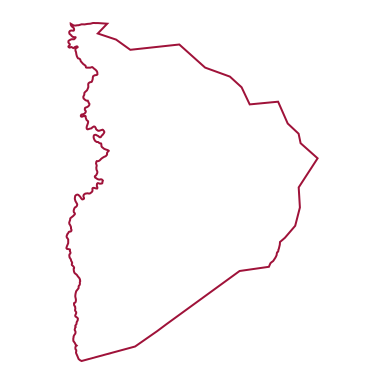 outline of Bo'mbogor, Bayanhongor, Mongolia
{"feature_id": "93677404B12243901398913", "entity_name": "Bo'mbogor", "entity_type": "district", "adm_level": 2, "iso_a3": "MNG", "parent_name": "Mongolia", "parent_adm1": "Bayanhongor", "projection": "albers", "projection_center": [99.341, 46.245], "detail": "fine", "context": "isolated", "style": "outline", "palette": "rose", "viewbox_px": 384, "rotation_deg": 0, "n_neighbors": 0, "source": "geoboundaries", "source_scale": "gbopen_adm2", "svg_char_len": 5587}
<svg xmlns="http://www.w3.org/2000/svg" viewBox="0 0 384 384"><path d="M268.9,266.8L269.7,264.9L270.4,263.3L271.3,262.4L273.2,261.0L275.5,257.5L276.6,255.2L276.8,253.6L277.1,252.4L277.9,251.8L278.3,251.0L278.4,249.7L278.8,248.9L279.8,244.7L280.0,242.0L284.9,237.8L295.2,225.8L299.9,207.5L298.7,187.4L317.6,158.3L300.6,143.2L298.6,133.7L287.7,123.5L278.1,101.7L249.7,104.4L241.6,87.3L229.9,76.6L205.1,67.6L179.3,44.5L130.3,49.8L116.1,39.6L97.8,33.5L107.2,23.7L98.6,23.1L93.0,23.0L90.3,23.7L87.6,23.9L84.6,24.4L81.6,24.3L78.7,25.2L76.9,25.3L76.0,25.5L73.7,25.5L70.7,23.7L70.7,24.1L71.0,25.2L71.7,26.3L73.6,27.9L74.0,28.7L74.1,29.4L74.0,30.1L73.7,30.6L73.3,30.7L71.4,30.5L70.5,30.7L69.8,31.1L69.2,32.1L69.3,33.0L69.5,33.8L71.3,35.4L71.7,36.0L72.9,36.9L74.3,37.2L75.5,37.2L75.6,37.4L75.4,37.9L74.6,38.8L73.9,39.3L71.8,39.2L70.6,39.6L69.0,40.5L68.5,41.0L68.4,41.6L68.4,42.3L68.6,42.8L69.8,44.2L69.8,44.6L69.6,45.2L68.5,46.3L68.4,46.7L68.7,47.2L69.6,47.6L70.6,47.3L71.1,47.0L71.6,47.1L73.3,48.1L73.8,47.9L74.8,47.1L75.8,46.7L76.5,46.4L77.3,46.5L77.6,46.9L77.6,47.3L76.0,48.2L75.5,48.6L75.4,49.2L75.5,50.9L76.0,52.0L76.4,54.5L76.9,56.3L77.5,57.5L78.0,58.3L79.1,58.6L79.8,59.0L80.2,59.5L80.8,61.3L83.1,63.9L85.5,65.7L86.0,67.4L86.8,67.7L90.2,67.7L91.6,67.2L92.2,67.1L92.7,67.4L94.0,68.6L95.6,69.8L96.9,71.3L97.3,72.4L97.4,74.4L97.0,74.8L96.6,75.0L94.6,75.3L93.2,76.2L93.0,76.7L92.8,77.6L92.7,79.1L92.4,80.1L92.1,81.0L91.7,81.8L91.3,82.0L89.9,82.3L89.2,82.7L88.6,83.2L88.3,83.8L88.2,84.6L88.3,86.2L88.3,87.2L87.5,89.3L87.0,90.3L85.0,92.1L84.4,92.9L84.3,94.0L84.3,94.7L83.4,96.5L83.3,97.1L83.6,98.5L85.4,100.1L86.6,100.7L87.8,100.7L88.2,101.6L88.4,102.0L88.6,102.6L89.4,103.8L89.4,104.3L89.3,104.9L89.0,105.4L88.3,106.3L87.0,107.1L85.4,107.7L85.0,108.1L84.8,109.1L84.9,109.9L85.5,110.7L85.8,111.2L85.7,112.0L85.4,112.6L84.6,113.5L83.8,114.0L82.8,114.3L82.0,114.4L81.3,114.7L81.1,115.1L80.8,115.9L81.0,116.4L81.5,116.7L82.5,116.6L83.2,116.2L84.1,116.0L85.2,115.9L85.5,116.1L85.7,116.5L85.6,117.3L85.8,118.0L86.1,118.6L86.3,119.5L86.8,120.2L88.1,121.3L88.1,121.8L88.1,122.6L87.6,124.2L86.8,126.4L86.6,127.8L86.8,128.7L87.1,129.1L87.6,129.3L88.6,129.1L89.7,128.7L91.5,128.3L92.2,127.5L92.8,127.1L93.8,126.5L94.2,126.5L94.6,126.6L95.1,127.0L95.7,128.0L96.1,129.1L96.6,129.7L97.8,130.5L98.0,130.7L98.3,130.8L99.4,130.7L102.2,129.8L102.6,129.7L103.0,129.9L103.8,130.9L104.2,131.5L104.3,132.3L103.9,133.1L102.7,134.8L101.9,135.4L101.0,136.8L100.7,137.1L100.0,137.3L99.2,136.9L98.3,136.1L95.8,134.8L94.7,134.9L94.0,135.3L93.7,136.0L93.6,137.2L93.9,138.6L94.9,140.6L95.8,141.4L96.8,142.0L97.9,142.0L98.4,142.2L99.2,143.0L99.9,143.3L100.4,143.3L101.1,143.5L101.3,144.1L101.5,146.3L101.9,147.0L104.1,148.8L105.8,149.5L107.7,150.1L108.7,150.7L108.6,151.1L108.0,151.5L107.5,152.2L107.1,152.8L107.0,153.3L107.1,154.2L106.8,155.0L106.1,155.8L105.5,156.3L104.2,156.8L102.4,157.9L101.1,158.9L100.1,160.0L99.4,160.6L98.6,161.0L97.8,161.2L96.8,161.1L96.4,161.6L96.0,163.4L96.2,164.0L96.5,164.8L96.7,165.7L96.3,167.7L96.5,169.7L97.2,171.2L97.4,172.1L97.1,173.5L96.7,174.1L96.4,174.8L95.8,175.6L95.0,176.1L94.8,176.7L95.1,177.5L97.2,178.9L98.3,179.4L99.7,179.6L100.5,179.3L101.1,179.3L101.8,179.5L102.5,180.1L102.9,180.7L102.5,181.6L102.4,182.1L102.4,182.7L102.2,183.3L101.3,183.6L99.9,183.7L97.9,183.1L97.5,183.3L97.0,183.9L96.9,185.0L96.8,186.0L97.3,187.2L97.4,188.0L97.1,188.5L96.6,188.5L96.0,188.4L94.1,187.9L93.2,187.9L92.7,188.1L92.4,188.7L92.5,190.2L92.4,191.1L91.9,191.9L91.2,192.5L90.2,193.3L89.1,193.6L87.6,193.3L85.3,193.6L83.9,194.6L83.6,195.3L83.4,196.0L83.6,197.1L84.0,197.9L84.0,198.6L83.6,199.0L82.7,199.4L82.1,199.3L81.3,198.5L80.1,196.6L78.4,194.9L77.4,194.6L76.3,194.9L75.3,195.8L75.0,196.9L74.8,198.9L75.5,201.2L76.9,203.6L77.2,204.3L77.2,204.8L76.9,205.8L76.4,206.5L75.8,207.0L75.0,207.4L74.4,208.3L74.0,209.3L73.7,210.5L73.7,211.3L73.9,212.3L74.6,213.0L74.9,213.7L74.8,214.3L73.2,216.0L70.5,218.1L70.2,218.7L70.1,220.0L69.6,221.3L69.2,222.7L69.4,224.0L70.1,225.0L70.6,226.1L71.0,227.2L71.0,228.7L71.4,229.5L71.5,230.2L71.3,230.9L70.7,231.5L69.7,231.6L69.0,231.8L68.5,232.4L68.0,233.5L67.4,234.0L66.7,235.9L66.6,236.6L66.9,237.7L67.4,238.1L68.2,239.5L68.2,243.2L66.9,246.3L66.4,248.0L66.7,248.5L67.0,248.9L69.4,249.3L69.9,249.5L70.0,250.0L69.9,251.1L70.4,252.3L70.5,252.8L70.3,253.5L69.5,254.4L69.3,255.2L69.4,256.3L69.6,257.5L70.8,259.3L71.2,260.9L71.8,261.9L72.2,263.0L71.9,263.7L71.8,264.4L71.9,265.0L73.1,266.1L73.8,267.0L74.1,267.5L74.1,267.8L74.0,268.5L73.7,268.7L73.7,269.6L73.9,271.2L74.4,272.7L75.0,273.4L76.3,274.4L77.1,275.2L77.7,276.2L79.4,278.2L80.0,279.6L79.9,280.1L80.2,280.8L80.2,281.3L79.9,281.9L79.8,282.5L79.9,283.1L79.9,283.7L79.8,284.5L79.4,285.3L78.9,285.7L78.6,286.5L78.6,288.0L78.1,288.8L76.2,291.2L75.8,292.6L75.5,294.0L75.3,295.6L75.3,296.7L75.8,298.9L75.9,299.6L75.9,300.9L75.7,301.5L75.5,302.2L75.0,302.7L74.1,303.1L74.0,303.5L74.1,304.9L74.3,305.6L75.1,306.5L75.1,307.3L75.3,307.9L75.3,308.7L75.1,309.8L75.1,310.6L76.2,312.2L76.2,313.1L75.7,314.4L75.3,315.2L75.2,315.7L75.5,316.5L77.0,317.5L77.7,318.2L77.9,318.7L77.6,320.6L76.9,321.6L76.6,322.7L76.4,324.2L76.2,324.5L75.6,325.2L75.3,325.7L75.3,326.4L75.7,327.0L75.2,327.7L74.7,329.6L74.8,330.2L75.2,330.9L75.5,331.7L75.5,332.6L75.3,333.6L74.3,335.0L73.6,336.4L73.6,337.2L73.3,338.5L73.3,340.0L73.4,341.0L74.8,342.9L75.4,344.1L75.6,344.7L76.4,345.3L76.7,345.6L75.8,346.2L75.4,347.2L75.4,348.6L75.6,349.4L76.2,350.1L76.3,351.1L76.1,351.8L76.0,352.6L76.2,353.4L77.2,355.6L78.6,359.0L80.0,360.2L81.6,361.0L135.1,346.5L157.2,331.1L166.3,324.3L239.6,271.0L268.9,266.8Z" fill="none" stroke="#9f1239" stroke-width="2"/></svg>